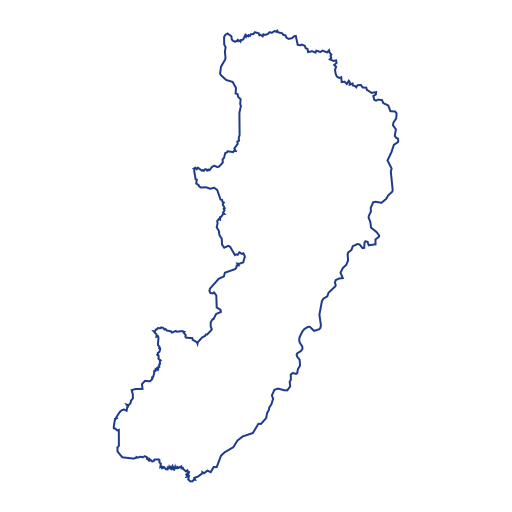 outline of Pichincha, Manabi, Ecuador
{"feature_id": "8360857B60959111227770", "entity_name": "Pichincha", "entity_type": "district", "adm_level": 2, "iso_a3": "ECU", "parent_name": "Ecuador", "parent_adm1": "Manabi", "projection": "robinson", "projection_center": [-79.88, -0.896], "detail": "fine", "context": "isolated", "style": "outline", "palette": "blue", "viewbox_px": 512, "rotation_deg": 0, "n_neighbors": 0, "source": "geoboundaries", "source_scale": "gbopen_adm2", "svg_char_len": 6005}
<svg xmlns="http://www.w3.org/2000/svg" viewBox="0 0 512 512"><path d="M268.9,409.9L269.2,407.7L271.5,404.0L273.1,398.7L271.9,395.4L274.4,389.8L278.1,388.6L284.5,390.3L287.3,390.3L290.2,386.4L289.7,381.7L290.9,379.7L290.7,374.6L292.7,373.0L296.1,373.9L297.2,373.1L297.9,369.1L299.9,365.9L300.0,364.2L299.6,359.7L297.2,356.7L296.6,354.7L297.3,353.3L301.1,350.9L302.5,348.7L302.3,346.6L299.7,342.5L299.2,340.0L299.5,337.4L302.3,331.6L304.4,329.0L308.1,326.8L309.9,326.9L314.1,330.9L319.3,329.2L320.4,327.9L320.9,325.2L319.4,314.7L322.0,300.8L323.5,298.6L327.3,296.3L328.5,292.8L335.4,286.2L335.7,285.0L334.9,282.6L335.7,280.1L339.2,278.5L342.8,278.1L340.5,272.7L342.8,268.1L346.3,264.8L348.1,260.3L347.6,254.7L348.1,252.5L351.4,250.0L352.8,246.2L357.6,244.0L359.6,244.5L362.5,248.1L364.2,247.9L364.5,242.7L365.3,241.3L367.6,241.8L368.7,245.3L375.5,244.3L375.5,239.4L378.9,236.8L379.2,235.6L376.6,232.1L371.0,227.6L370.4,222.3L368.6,217.5L368.8,215.9L370.9,211.6L370.7,208.0L373.2,202.2L375.7,201.8L381.4,202.8L386.2,198.9L388.2,195.4L392.3,191.6L392.7,190.1L390.8,171.7L391.6,168.5L387.5,160.4L391.4,152.3L393.9,144.8L397.7,142.3L398.3,141.0L397.9,138.6L396.1,137.8L394.8,135.8L395.9,129.3L393.0,125.4L393.4,122.6L396.2,118.4L396.6,113.4L395.1,111.5L390.4,111.2L388.3,105.5L383.3,103.1L382.0,100.1L378.2,99.6L376.0,100.6L374.3,99.8L373.3,96.0L375.8,94.5L376.1,92.1L371.7,92.9L366.9,89.9L366.3,87.7L362.7,87.5L360.9,85.0L357.6,85.2L356.2,87.3L355.3,86.2L352.8,85.4L352.5,83.5L349.7,84.7L349.8,82.2L348.8,80.8L346.8,84.0L344.6,81.7L341.7,82.1L341.2,77.2L339.3,78.0L336.8,76.5L335.7,73.9L335.0,69.9L336.1,66.7L334.2,65.0L336.6,62.8L336.1,60.4L333.4,60.9L329.8,59.3L331.3,57.8L330.5,56.0L331.3,54.6L329.5,52.5L329.0,50.3L327.1,52.4L322.5,50.6L320.5,52.0L316.3,50.7L315.5,52.6L312.1,51.2L308.1,52.1L307.5,49.0L305.7,48.2L304.8,45.8L301.8,44.6L300.5,45.3L297.7,44.8L295.8,36.0L294.4,36.1L291.9,38.2L288.6,38.9L286.3,37.5L285.4,35.3L283.2,34.9L282.4,33.4L278.1,32.3L277.2,30.7L276.4,31.8L274.7,31.0L271.8,32.8L269.6,32.2L267.6,34.2L264.8,34.9L263.4,34.3L262.7,36.3L260.5,34.8L259.4,35.3L258.7,33.3L254.9,32.2L253.4,34.1L250.9,34.2L249.9,35.9L248.7,35.2L248.2,36.3L246.7,35.4L246.1,36.7L245.3,35.1L243.2,39.5L241.4,40.1L240.6,41.4L240.2,40.5L239.7,41.0L237.9,40.0L237.7,41.1L236.8,40.7L235.3,41.8L233.3,41.0L231.8,39.5L231.4,36.3L227.5,33.5L225.4,34.8L224.1,36.9L224.2,44.4L225.6,47.3L224.9,51.6L225.5,57.9L225.1,59.6L221.0,66.7L220.1,73.5L220.8,75.1L226.2,80.0L232.6,81.9L236.0,88.0L235.6,93.4L237.5,94.1L238.2,96.9L240.6,99.2L240.2,104.0L240.9,106.0L239.4,112.8L239.6,135.0L238.7,138.0L239.0,140.7L237.3,141.6L237.7,143.8L234.4,148.4L235.7,151.0L233.9,150.9L233.2,152.1L227.6,151.3L227.0,152.4L225.3,153.0L224.0,157.9L222.6,159.3L222.8,162.5L219.2,166.5L217.4,167.1L214.3,165.7L212.0,166.9L209.8,169.9L208.9,170.3L208.2,169.6L207.1,170.6L205.9,169.2L204.6,169.5L203.9,170.8L202.8,170.1L201.9,170.7L198.0,167.7L196.8,169.2L195.5,167.7L193.8,168.6L194.5,169.1L194.2,171.0L195.6,179.3L196.8,179.7L196.2,183.5L198.7,185.2L199.2,186.4L200.7,187.5L206.4,187.3L210.1,188.8L214.1,187.7L217.2,190.0L220.5,199.5L222.1,199.9L222.5,201.9L223.8,202.5L222.7,204.4L224.7,208.2L223.7,208.9L224.5,210.3L223.0,212.6L224.3,213.9L223.2,214.0L221.1,216.9L220.0,217.2L220.1,219.6L218.8,219.0L217.2,221.1L217.6,223.2L216.7,227.3L218.9,231.0L219.4,235.0L221.8,238.9L222.0,244.5L224.2,247.7L228.4,245.8L230.1,246.8L234.9,255.1L236.0,254.4L237.7,254.8L239.4,252.3L241.8,253.9L243.4,253.3L244.9,256.5L243.2,262.4L239.3,263.8L237.4,263.6L238.6,265.4L236.7,265.6L236.2,268.0L235.1,269.1L224.9,272.7L223.9,276.4L218.7,278.8L210.0,288.6L209.4,290.9L210.4,293.0L212.6,293.4L214.0,292.4L216.3,295.5L216.7,307.5L220.5,309.8L220.9,311.9L216.1,314.0L213.5,319.1L212.7,319.1L211.4,321.1L210.6,322.9L210.8,326.9L211.8,329.3L210.9,330.6L207.1,334.5L205.8,334.5L205.1,335.9L202.2,337.4L197.9,342.1L197.5,343.7L197.0,342.3L192.7,339.8L192.3,338.1L186.2,337.7L185.4,336.9L185.7,335.1L183.7,332.7L184.4,331.9L182.3,331.1L176.8,331.7L175.7,331.0L171.9,332.6L171.1,331.4L166.7,330.5L165.6,329.1L164.5,329.5L163.2,327.9L161.2,327.4L160.6,328.2L157.8,328.1L157.2,329.2L156.0,329.4L155.0,331.3L153.6,331.2L156.6,334.6L156.4,336.8L158.0,336.2L158.5,337.6L157.9,344.8L159.5,347.0L159.2,348.2L160.1,348.4L160.1,349.8L159.3,351.9L157.8,353.0L158.1,354.6L157.4,354.9L158.7,356.1L158.5,358.8L160.5,360.3L159.9,360.6L159.9,364.2L159.1,364.6L159.3,366.9L158.1,367.2L158.2,368.7L157.2,368.4L157.5,369.8L155.7,369.1L155.5,370.9L154.3,370.8L154.1,373.6L153.0,377.3L152.1,377.4L152.2,379.2L149.9,381.3L144.9,380.9L142.0,384.1L142.5,388.9L135.6,389.0L131.7,390.1L132.8,394.3L132.9,398.4L131.0,400.7L130.6,403.0L128.5,405.3L126.6,404.6L127.9,406.8L127.1,407.6L126.6,410.7L124.0,409.5L121.7,410.3L119.9,411.8L116.3,417.3L116.9,418.2L115.0,419.0L113.7,427.3L113.9,428.4L115.0,428.4L117.2,430.4L118.8,429.9L118.9,445.8L117.4,447.5L117.6,451.6L122.3,457.3L133.6,458.6L136.4,457.7L136.5,457.0L137.8,457.6L140.7,456.7L142.7,457.3L144.8,456.2L147.5,457.6L147.0,458.8L148.3,459.8L149.4,458.9L150.1,459.7L149.7,460.6L151.2,460.4L152.2,461.5L153.7,461.0L154.4,459.6L158.7,459.4L159.5,460.1L159.4,462.4L160.8,463.7L160.3,467.3L161.6,466.9L162.1,468.3L163.5,467.7L162.7,466.8L164.3,467.2L165.8,469.2L167.2,469.1L167.6,470.2L167.8,467.4L169.0,467.9L169.3,466.7L169.8,467.5L170.6,466.9L171.2,468.1L170.4,468.5L171.3,469.1L172.6,466.1L173.3,467.6L172.7,469.0L174.1,469.7L175.0,467.1L175.2,468.1L176.4,467.5L176.3,468.2L178.0,468.1L177.8,467.1L178.9,467.6L181.2,466.4L181.5,468.3L182.8,467.8L183.2,469.0L185.9,471.3L187.4,470.3L188.1,472.1L189.0,472.2L187.9,474.8L187.0,473.7L186.3,474.4L186.8,475.7L187.5,475.7L186.8,476.7L188.9,476.2L188.2,479.4L190.2,481.3L192.5,481.3L193.7,479.7L195.2,479.8L194.3,477.9L198.2,476.4L202.2,473.4L202.3,472.1L204.0,473.3L207.4,470.6L210.7,472.2L213.7,467.0L216.7,467.1L221.0,455.7L224.5,452.4L233.3,447.2L237.5,440.5L242.8,436.4L252.9,433.0L258.4,423.8L261.0,423.9L266.2,418.0L267.1,413.0L268.9,409.9Z" fill="none" stroke="#1e3a8a" stroke-width="2"/></svg>